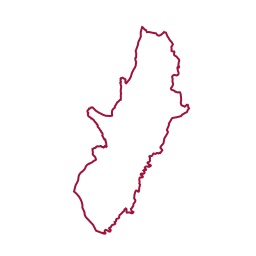 District #3, Grand Bassa, Liberia (orthographic projection), rotated 146°
{"feature_id": "62588387B53220692513074", "entity_name": "District #3", "entity_type": "district", "adm_level": 2, "iso_a3": "LBR", "parent_name": "Liberia", "parent_adm1": "Grand Bassa", "projection": "orthographic", "projection_center": [-9.497, 6.317], "detail": "fine", "context": "isolated", "style": "outline", "palette": "rose", "viewbox_px": 256, "rotation_deg": 146, "n_neighbors": 0, "source": "geoboundaries", "source_scale": "gbopen_adm2", "svg_char_len": 5784}
<svg xmlns="http://www.w3.org/2000/svg" viewBox="0 0 256 256"><g transform="rotate(146 128 128)"><path d="M170.6,55.7L171.2,56.4L171.5,57.3L171.1,58.3L170.8,59.3L169.4,59.6L168.8,59.9L168.7,59.8L167.4,60.4L167.0,60.7L165.8,62.1L164.0,62.6L163.1,63.1L162.4,63.8L162.2,64.4L162.3,65.5L162.2,65.9L162.2,66.3L159.7,69.3L158.6,70.2L157.3,71.3L156.2,71.6L155.6,71.0L155.1,69.4L154.5,69.3L151.8,72.4L149.7,74.3L149.7,75.6L149.1,76.1L148.1,77.6L147.6,78.8L146.4,80.1L145.7,80.3L144.4,79.4L143.6,79.0L143.0,79.2L142.8,80.4L143.3,81.2L143.5,82.2L143.3,82.6L143.0,82.8L142.4,82.8L142.0,82.5L141.5,82.1L140.7,81.3L139.5,81.5L139.0,82.0L138.9,83.3L139.0,84.2L138.0,84.3L137.8,84.2L136.9,83.2L136.5,83.2L136.2,83.4L136.3,84.6L136.3,85.7L135.9,85.9L135.2,86.1L134.5,86.0L133.5,85.3L133.0,84.7L132.4,84.2L132.0,83.9L131.4,83.8L130.7,83.8L130.0,84.2L130.0,84.5L130.4,85.2L130.7,85.3L131.1,85.6L131.1,85.9L131.2,86.0L131.0,86.9L131.4,87.7L131.3,88.3L131.0,88.5L130.7,88.5L129.8,88.1L128.8,88.2L128.1,88.5L127.5,89.8L126.5,90.8L126.4,92.2L126.1,92.6L125.9,92.6L123.8,91.5L122.9,91.8L121.6,92.5L121.1,92.6L120.9,92.4L120.6,92.0L119.6,91.1L118.7,91.1L118.3,91.2L117.9,91.0L116.7,89.7L115.8,89.9L115.4,89.4L115.3,89.2L115.2,89.2L112.0,90.4L111.9,90.9L112.1,91.9L111.9,92.5L112.2,93.4L111.7,94.1L110.1,94.7L108.3,95.1L106.9,95.7L104.9,97.8L104.2,98.6L102.9,99.5L101.4,100.0L99.9,100.8L97.6,101.9L96.9,103.0L97.0,104.3L96.3,105.0L93.8,106.6L92.6,107.4L92.4,107.6L91.6,108.9L91.1,109.0L88.8,110.1L86.9,111.1L85.9,111.5L84.0,110.8L81.9,109.8L77.7,108.3L76.7,108.3L75.7,108.8L73.9,108.6L72.2,108.6L70.5,108.2L69.3,108.8L68.4,109.6L66.4,110.1L66.4,111.4L65.5,113.8L66.3,114.4L67.7,114.1L69.0,113.9L69.6,115.0L70.2,115.7L70.9,117.1L70.6,118.4L70.0,119.6L68.4,121.3L66.9,123.7L65.2,127.1L65.0,128.6L66.1,129.3L67.1,129.8L67.8,130.9L68.6,131.7L68.6,132.7L69.8,134.5L70.6,135.5L70.4,136.7L69.7,137.2L68.7,137.4L67.2,138.2L66.0,139.2L65.6,140.3L65.2,141.6L64.1,143.1L63.4,143.9L63.2,144.8L62.9,145.6L62.4,146.1L60.9,146.4L59.8,146.0L58.2,144.3L57.5,144.2L56.7,144.2L56.0,144.5L55.4,145.2L55.0,146.0L54.7,147.3L53.6,150.0L53.1,150.6L52.7,150.7L52.1,149.7L51.7,149.8L51.3,150.3L51.3,151.1L51.1,152.0L50.4,152.7L49.2,154.1L47.9,155.1L47.4,156.3L47.7,158.1L47.8,160.1L48.4,161.1L48.9,162.4L48.5,163.7L47.2,164.8L46.9,165.5L48.4,166.8L48.8,167.6L47.3,169.7L46.8,170.9L45.3,171.6L44.0,172.3L43.8,174.6L44.2,177.7L44.0,180.4L44.0,182.1L43.2,185.9L43.7,186.4L44.6,187.0L44.6,187.4L46.3,187.0L48.8,186.8L50.7,187.2L51.7,188.5L51.9,190.9L53.6,192.4L56.8,195.7L58.7,196.9L58.4,199.3L59.1,200.1L59.5,203.3L59.8,203.8L63.7,200.5L64.9,198.8L66.0,196.9L67.6,195.7L69.0,194.8L70.8,193.9L72.2,192.6L73.5,191.2L78.5,187.6L78.9,186.8L79.4,185.4L80.9,183.2L81.8,182.0L82.0,182.1L82.7,182.0L83.6,180.8L84.5,177.9L85.8,176.6L86.6,175.5L88.7,174.1L90.3,173.5L94.0,171.4L95.2,170.4L97.0,168.9L98.6,168.0L100.4,167.2L102.4,166.7L103.8,166.2L104.6,166.1L104.7,166.6L104.5,167.6L103.0,169.6L103.2,170.6L103.8,171.3L104.3,172.7L105.4,173.0L106.0,173.3L106.6,173.1L106.8,172.6L106.8,172.3L107.2,172.1L107.7,171.5L107.9,170.6L108.1,170.2L108.4,169.9L108.9,170.0L109.2,169.8L109.3,168.8L109.9,168.0L110.1,166.8L111.1,165.3L112.3,164.1L113.0,163.1L113.9,162.0L114.3,160.5L115.1,160.0L117.8,155.9L118.3,155.4L119.2,155.8L121.6,155.2L122.3,155.4L126.0,153.6L126.8,153.3L127.6,152.2L128.6,152.2L130.2,151.9L131.4,151.3L132.7,149.8L134.2,147.2L135.3,147.5L137.2,148.8L139.6,150.6L141.0,152.4L143.7,157.3L145.0,160.3L145.8,164.7L146.0,164.7L146.7,165.4L147.2,165.7L148.1,165.5L148.5,165.6L149.0,165.5L149.3,165.7L149.6,165.9L150.2,165.3L150.6,165.4L152.0,164.9L152.6,164.0L152.5,162.6L153.3,162.1L153.8,161.6L153.8,161.3L154.2,159.9L153.9,159.1L153.2,157.3L153.2,156.4L152.7,156.2L152.3,155.1L152.2,154.4L151.9,153.3L152.1,151.9L151.8,151.4L151.8,150.8L151.6,149.3L151.8,148.6L151.5,147.9L151.6,147.2L151.7,146.9L152.1,146.7L152.4,146.1L152.3,144.9L152.1,143.8L152.3,142.0L152.1,141.0L152.4,140.2L152.2,140.0L152.3,139.5L152.2,138.9L152.2,137.7L152.9,136.5L153.2,136.1L153.5,136.1L153.7,134.9L153.7,134.4L154.0,132.2L153.4,131.8L153.5,131.4L153.8,131.1L153.4,130.6L153.7,129.9L154.0,129.5L154.3,128.7L154.2,128.5L155.4,126.0L155.8,125.6L156.0,124.7L156.4,124.6L156.4,125.6L157.0,126.0L157.9,125.3L158.1,125.3L158.6,125.6L158.9,125.6L158.8,126.0L159.2,126.2L159.6,126.1L160.5,127.5L160.5,128.2L160.9,128.5L161.4,128.4L163.0,129.3L163.3,129.8L163.7,130.1L164.3,130.0L165.3,130.1L165.5,129.8L166.6,129.8L167.0,130.1L168.2,130.4L168.5,130.2L169.3,130.4L170.8,127.3L171.4,126.7L171.9,126.0L172.0,125.3L171.6,123.6L171.5,122.2L172.0,120.1L172.3,119.7L172.9,119.5L173.8,119.7L174.6,119.9L177.2,119.6L178.5,119.9L179.6,119.9L179.6,120.1L179.8,120.2L181.3,120.3L182.9,120.2L184.7,119.6L185.5,118.9L187.1,118.1L189.2,117.6L192.0,117.4L193.0,117.1L193.6,116.9L194.3,116.7L196.0,115.5L198.2,112.9L199.4,112.0L201.1,111.0L203.0,110.1L204.3,109.1L208.3,105.5L207.9,104.3L207.8,103.6L207.4,102.2L207.0,98.3L207.2,95.5L207.6,93.1L208.7,89.9L210.3,87.5L211.2,82.5L212.4,80.3L212.8,77.8L211.1,67.3L211.9,60.7L207.7,54.8L207.4,55.0L207.1,54.7L206.9,54.2L206.9,53.9L206.6,53.6L205.9,53.2L205.4,53.5L205.5,54.4L205.3,55.1L204.8,55.8L204.2,56.0L203.9,56.0L203.6,56.1L203.1,55.5L202.1,54.0L201.6,52.8L200.9,52.2L200.3,52.3L199.8,52.7L199.9,52.8L199.4,53.3L199.9,54.5L199.9,55.3L199.7,55.5L198.9,55.6L198.2,55.3L197.4,55.5L196.3,56.2L195.5,56.4L195.1,56.4L194.5,56.1L193.8,56.0L192.9,55.6L192.3,55.8L192.1,55.8L191.8,56.5L191.7,57.5L190.6,57.3L189.7,57.6L189.0,58.8L188.3,59.0L186.3,58.4L185.3,58.7L184.7,59.7L183.9,60.4L180.4,60.9L179.7,61.3L178.0,61.3L177.9,61.3L176.6,62.3L174.9,62.6L174.6,62.1L174.7,61.4L176.2,59.3L176.2,58.4L175.9,58.3L175.8,58.2L175.3,58.0L174.0,57.1L172.4,55.0L171.4,54.9L170.5,55.3L170.6,55.7Z" fill="none" stroke="#9f1239" stroke-width="2"/></g></svg>